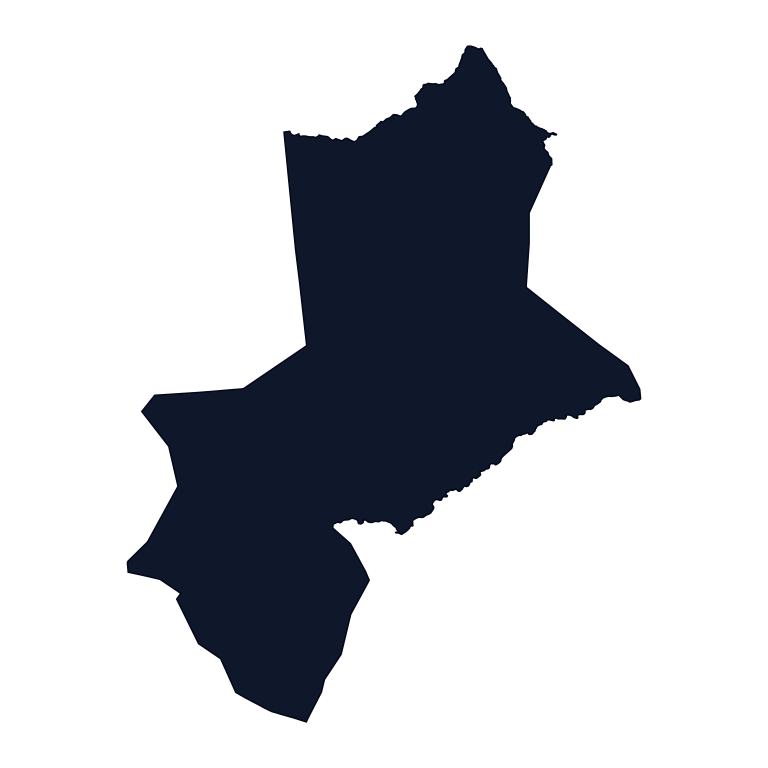 Selenge, Bulgan, Mongolia
{"feature_id": "93677404B49606497696804", "entity_name": "Selenge", "entity_type": "district", "adm_level": 2, "iso_a3": "MNG", "parent_name": "Mongolia", "parent_adm1": "Bulgan", "projection": "robinson", "projection_center": [104.347, 49.708], "detail": "fine", "context": "isolated", "style": "filled", "palette": "ink", "viewbox_px": 768, "rotation_deg": 0, "n_neighbors": 0, "source": "geoboundaries", "source_scale": "gbopen_adm2", "svg_char_len": 6069}
<svg xmlns="http://www.w3.org/2000/svg" viewBox="0 0 768 768"><path d="M640.6,398.7L639.7,389.2L628.0,365.9L598.9,344.8L557.6,312.3L526.1,287.3L529.1,243.4L529.1,212.9L550.4,165.7L551.8,164.7L551.6,158.7L549.5,156.5L548.3,154.9L548.0,152.9L547.1,151.8L545.2,150.2L544.0,148.4L544.1,146.9L544.7,145.2L544.1,144.4L542.7,141.3L543.1,140.5L543.7,140.0L544.7,139.8L545.5,139.2L546.2,138.5L546.1,137.5L546.8,136.9L547.8,136.9L548.8,137.2L549.9,136.5L550.3,135.2L551.6,134.0L552.6,134.1L554.7,134.9L556.4,134.8L556.4,134.3L555.5,133.8L554.5,133.5L553.3,132.7L550.8,133.5L548.5,133.5L546.8,132.2L546.3,131.1L544.8,130.5L544.4,129.9L543.5,129.9L542.6,129.0L540.0,128.3L537.3,127.1L536.0,126.1L535.0,126.2L532.1,123.2L530.9,122.6L530.6,121.0L529.8,120.2L529.1,119.0L528.5,118.7L528.1,117.3L526.4,116.5L525.7,115.9L525.1,114.2L523.4,112.0L521.6,111.4L519.9,110.2L515.2,108.2L513.5,108.0L510.1,103.5L510.4,100.4L510.1,99.4L510.3,97.9L509.3,96.6L508.5,94.5L507.1,91.8L506.9,90.8L506.4,89.9L506.5,88.9L506.1,87.7L503.3,83.3L501.8,81.7L500.5,79.9L500.8,78.5L499.7,76.4L497.4,72.5L496.2,68.6L494.6,67.6L493.3,65.6L492.4,64.8L491.7,63.4L488.1,59.2L482.7,50.0L482.3,48.8L480.8,48.3L479.1,49.1L477.2,48.7L475.7,47.7L471.5,46.3L469.3,46.1L467.4,46.4L465.2,49.8L465.1,52.6L462.4,55.0L461.7,58.3L459.1,65.3L459.1,66.5L458.3,67.5L457.7,67.7L456.0,69.0L455.7,69.8L455.3,72.5L448.4,78.6L447.4,79.8L445.8,80.2L444.6,80.9L444.6,82.9L443.5,84.0L439.7,84.5L438.1,85.0L437.5,84.3L435.3,83.7L432.8,84.0L428.2,83.4L425.9,84.5L424.0,84.6L423.2,85.3L423.0,87.9L421.1,89.2L420.5,90.4L417.7,93.9L415.0,96.3L415.7,97.4L415.7,99.2L416.6,100.5L417.1,102.7L417.7,103.6L417.5,105.5L416.8,107.1L415.6,108.2L411.2,108.5L408.8,109.6L404.5,112.3L402.4,115.0L401.5,115.8L400.6,116.2L400.2,116.2L396.9,114.9L393.6,114.6L393.1,114.8L390.1,117.7L386.4,119.0L383.7,121.5L382.5,122.0L381.0,121.5L380.2,122.3L376.6,125.4L377.1,126.6L376.2,127.1L374.5,127.7L369.9,131.6L362.7,136.4L359.1,136.8L357.2,140.0L355.4,141.4L354.0,141.7L351.8,140.9L347.6,138.5L346.7,138.4L346.0,138.3L345.0,138.7L341.9,140.9L335.8,138.7L333.0,140.4L330.7,139.4L328.5,137.2L327.1,136.6L321.8,135.9L319.2,135.0L318.6,135.9L316.7,137.1L315.5,137.6L314.3,137.1L313.0,136.9L309.1,136.9L305.7,136.1L303.1,136.0L300.6,136.5L299.7,135.8L298.9,134.9L298.8,133.9L295.2,135.4L293.5,135.4L291.8,134.6L290.7,133.5L289.7,131.3L284.0,132.1L295.6,249.6L299.8,284.0L306.7,345.7L243.3,388.8L199.7,392.4L154.7,395.3L141.8,411.5L168.8,446.4L178.0,486.3L147.5,542.0L127.9,561.3L127.4,562.8L128.2,572.2L142.8,575.3L160.0,579.3L180.8,593.4L176.7,599.1L198.6,643.7L220.7,658.7L235.8,692.4L245.1,697.7L265.1,708.3L271.4,711.4L284.2,715.2L293.1,717.7L306.3,721.9L308.0,718.1L321.4,692.1L324.4,679.6L341.1,654.3L350.7,614.3L369.2,580.3L365.6,571.7L350.4,543.7L332.8,528.1L333.1,523.9L334.1,523.8L336.4,522.6L337.7,522.2L338.5,522.2L339.8,522.7L340.3,522.7L341.5,522.0L342.5,520.9L343.7,520.1L347.9,519.8L348.9,519.6L350.6,518.6L352.4,518.4L353.4,518.4L354.8,519.0L355.8,519.2L356.9,519.9L357.8,520.8L358.3,523.1L358.7,523.5L359.3,523.7L360.4,523.9L361.2,523.8L362.8,522.9L363.1,522.4L363.3,520.7L364.3,520.0L365.9,520.1L368.0,521.9L370.2,522.4L371.4,522.5L372.8,522.2L375.4,521.3L378.0,521.7L379.0,521.6L381.5,520.4L383.9,520.9L385.3,520.8L389.7,522.4L391.7,523.6L394.0,526.1L396.2,527.5L396.5,529.1L398.0,530.9L399.1,531.7L399.2,532.2L399.0,532.4L396.9,532.1L396.1,532.2L395.6,532.4L395.7,532.6L396.1,532.9L397.9,532.9L398.8,533.1L400.3,533.7L401.1,534.3L401.9,534.2L406.0,531.5L409.1,528.6L409.6,527.9L410.1,526.2L410.9,525.9L411.8,526.0L412.6,525.9L412.9,525.6L412.9,525.0L412.5,524.5L412.8,523.3L412.5,521.6L412.8,520.3L413.3,519.9L416.8,517.9L418.6,517.3L419.3,517.2L421.7,517.4L423.3,517.2L426.6,514.9L428.4,514.3L430.6,513.1L433.2,509.3L433.7,508.2L433.6,506.8L432.3,504.7L432.2,503.8L433.7,501.2L435.0,500.1L436.1,499.5L437.0,499.4L439.6,500.3L441.1,500.1L441.5,499.8L441.9,498.6L442.8,497.2L443.3,496.7L443.9,496.6L446.1,496.9L446.9,496.7L447.2,496.4L447.4,495.9L447.2,495.5L445.8,494.5L446.1,493.7L445.8,492.5L446.2,492.2L447.0,492.2L448.2,491.8L450.1,490.1L451.0,490.0L452.0,490.3L453.2,490.2L455.1,489.3L456.6,489.4L457.1,489.7L457.6,490.5L458.3,491.1L459.3,491.3L460.0,491.1L462.2,489.1L462.9,487.6L463.9,486.4L464.6,486.1L466.1,486.5L466.7,486.4L468.0,486.1L468.7,485.4L469.6,483.7L469.7,482.5L470.2,482.1L471.5,481.8L471.9,481.5L472.1,481.1L472.1,478.9L472.8,477.9L473.8,477.7L475.3,478.2L476.3,478.3L476.8,478.1L480.1,475.4L480.4,475.0L480.5,474.4L479.8,471.7L484.2,470.5L485.5,469.1L487.8,468.8L488.7,468.3L489.2,467.6L489.5,466.9L489.4,465.4L491.0,463.3L492.5,463.8L494.2,463.7L494.9,464.1L495.2,464.7L495.7,464.7L496.7,464.4L499.5,462.4L500.3,461.6L500.7,460.8L501.0,458.9L501.7,457.7L502.5,456.7L505.5,453.9L510.5,449.5L511.7,448.3L512.4,446.3L512.2,443.9L514.2,440.2L514.6,438.2L514.9,437.7L515.8,436.9L517.8,435.7L519.3,435.2L520.1,435.4L521.5,435.1L522.3,434.3L525.1,433.8L527.7,432.6L528.2,432.7L528.5,432.9L528.5,433.8L528.9,434.2L530.5,434.4L532.0,434.0L532.6,433.6L533.5,432.2L534.6,431.3L535.0,430.7L535.3,428.8L536.1,428.2L536.4,427.1L537.0,426.4L538.0,425.6L539.4,424.9L540.1,424.4L540.9,424.6L541.7,424.3L542.1,423.7L541.6,422.5L542.8,422.5L543.3,421.8L545.9,421.4L546.4,421.1L546.7,420.6L547.5,419.8L549.5,419.8L553.3,420.7L554.0,420.5L554.3,420.1L554.2,419.1L554.4,418.7L555.3,418.1L555.9,418.0L556.3,418.0L558.4,418.9L561.2,418.7L563.7,419.0L564.8,418.9L565.3,418.5L565.9,417.5L566.3,416.6L566.3,415.9L566.4,415.4L566.8,415.1L567.6,415.0L569.1,415.0L570.8,415.4L572.5,416.2L573.6,417.3L576.7,418.3L577.4,418.1L577.8,417.7L577.8,417.2L577.3,416.3L577.3,416.0L578.0,414.9L580.0,414.4L582.2,414.5L583.1,414.4L584.0,414.1L584.9,412.9L585.0,411.8L584.8,410.6L585.1,410.0L586.2,409.8L587.8,409.2L590.0,409.3L591.6,408.9L592.6,408.3L593.3,407.5L594.3,405.6L594.9,405.1L596.6,404.4L600.2,401.9L601.1,399.8L602.9,398.0L605.5,396.9L608.5,396.2L611.1,396.4L616.2,395.9L618.4,395.1L618.9,395.2L623.3,399.5L625.3,400.3L628.0,401.0L629.8,402.0L632.5,401.4L635.3,400.4L639.4,399.8L640.6,398.7Z" fill="#0f172a" stroke="#020617" stroke-width="1.5"/></svg>